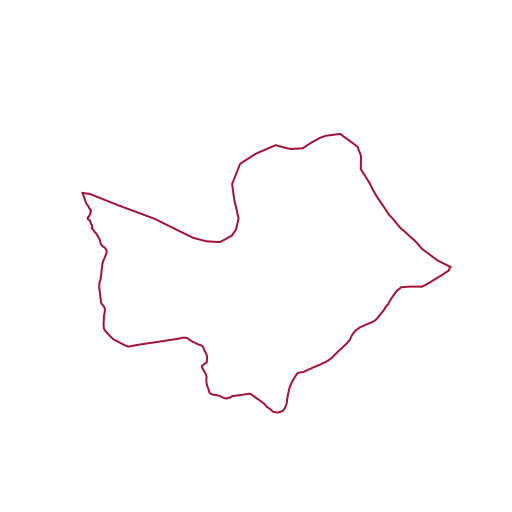 Shibam Kawkaban, Al Mahwit, Yemen (Mercator projection), rotated 112°
{"feature_id": "15242507B12742486691999", "entity_name": "Shibam Kawkaban", "entity_type": "district", "adm_level": 2, "iso_a3": "YEM", "parent_name": "Yemen", "parent_adm1": "Al Mahwit", "projection": "mercator", "projection_center": [43.874, 15.476], "detail": "fine", "context": "isolated", "style": "outline", "palette": "rose", "viewbox_px": 512, "rotation_deg": 112, "n_neighbors": 0, "source": "geoboundaries", "source_scale": "gbopen_adm2", "svg_char_len": 4152}
<svg xmlns="http://www.w3.org/2000/svg" viewBox="0 0 512 512"><g transform="rotate(112 256 256)"><path d="M391.5,175.2L391.4,175.0L389.8,173.4L389.2,173.0L389.1,172.9L388.3,172.7L386.5,172.2L381.2,172.3L377.0,173.5L373.2,174.3L372.8,174.4L372.7,174.4L366.7,175.4L363.3,175.7L362.8,175.6L360.9,175.5L358.9,175.4L357.0,175.2L355.2,174.9L353.4,174.5L351.4,174.1L349.6,173.9L348.1,172.5L347.0,170.9L346.3,169.2L345.0,167.8L343.6,166.6L342.2,165.4L340.8,163.8L339.3,162.5L338.0,161.3L336.7,159.9L334.9,158.3L332.7,155.8L330.5,154.0L329.0,152.5L327.5,151.3L326.0,150.0L324.7,149.2L324.4,149.0L322.5,147.8L320.0,146.7L318.1,146.0L316.4,145.2L313.7,144.1L311.7,143.1L310.1,142.3L308.5,141.6L306.7,140.8L304.6,139.8L302.4,138.8L300.2,138.1L298.3,137.6L296.4,137.5L294.4,137.4L292.3,137.1L290.5,136.6L288.4,135.9L286.3,134.8L284.7,133.8L283.1,132.7L281.7,131.5L280.2,130.0L278.8,128.6L277.4,127.2L276.2,126.0L274.7,124.5L273.1,123.0L271.4,121.6L269.8,120.8L267.8,120.0L266.0,119.6L263.6,118.9L262.7,118.6L261.4,118.2L259.3,117.5L257.3,117.0L254.5,116.6L252.7,116.1L251.0,115.4L249.2,115.3L247.3,115.0L244.9,114.7L243.2,114.2L241.3,113.8L239.2,113.2L236.9,112.8L236.0,112.6L230.6,109.7L226.5,101.4L226.3,100.8L223.9,94.9L222.3,90.7L218.2,87.0L214.8,84.5L205.0,77.2L196.7,71.5L195.9,71.9L193.8,72.0L193.3,71.6L192.1,86.0L187.2,104.7L182.2,114.6L180.5,119.9L177.8,126.8L176.1,132.2L169.4,144.7L168.2,147.7L164.1,153.6L162.6,155.8L157.9,162.9L155.0,167.1L150.3,173.1L145.9,177.9L136.2,191.4L123.8,196.2L117.3,202.2L116.7,202.7L115.7,206.3L111.3,223.7L118.1,235.9L122.3,240.8L130.5,247.4L138.7,253.1L143.7,263.8L144.5,267.9L145.9,279.3L160.9,294.2L176.3,305.2L182.9,305.2L197.0,305.1L198.2,305.1L202.6,302.6L211.7,297.4L219.8,291.7L227.8,286.2L229.7,285.9L230.5,285.8L230.6,285.7L232.9,285.4L238.8,284.4L246.4,286.1L256.6,294.6L260.9,307.3L262.7,321.0L261.1,343.1L260.1,356.0L259.5,363.6L260.6,403.6L260.7,433.5L260.8,433.8L262.5,440.5L264.1,439.1L265.6,437.6L267.8,435.8L269.2,434.6L270.7,433.3L271.7,431.9L272.5,430.2L273.7,429.1L275.1,426.8L275.3,427.0L276.6,425.7L278.6,425.6L281.0,425.5L282.8,426.1L283.7,426.3L284.8,425.7L285.5,422.9L287.1,421.9L288.3,420.7L288.6,419.8L289.1,419.3L290.4,418.8L291.6,418.8L293.0,416.2L293.8,414.9L294.3,414.4L294.8,413.0L295.8,411.4L297.1,409.9L298.5,408.0L299.7,406.7L301.9,405.3L303.2,404.2L304.5,401.6L304.8,399.7L305.7,398.0L307.0,396.4L308.7,395.8L310.4,395.8L312.6,395.7L314.3,395.7L316.0,395.7L317.8,395.8L319.7,395.6L321.5,395.3L323.1,394.9L325.2,394.3L326.8,393.8L327.2,393.7L328.4,393.5L330.2,392.8L332.4,392.3L334.2,391.8L335.7,391.4L337.5,391.2L339.2,391.2L340.8,390.7L341.3,390.5L342.8,390.0L344.4,389.4L346.6,388.1L347.9,387.3L349.5,386.4L351.1,385.5L351.5,385.3L353.2,384.5L354.5,383.6L356.1,382.9L357.4,382.0L358.6,380.6L359.2,378.9L360.2,377.6L361.4,376.5L363.0,375.8L364.6,375.3L366.2,374.9L368.0,374.7L369.8,374.1L371.2,373.5L372.8,373.0L373.5,372.8L374.8,372.3L376.4,371.8L378.1,370.9L379.6,370.2L380.9,369.2L382.0,367.4L382.8,365.9L383.8,363.7L384.5,362.1L385.2,360.6L386.1,358.5L386.6,357.0L386.9,355.1L387.0,353.3L387.2,351.5L387.4,349.5L387.6,347.5L387.8,345.9L387.9,344.1L387.9,342.4L387.8,340.8L387.8,340.3L386.1,337.7L382.7,332.4L377.9,324.3L375.5,320.2L374.5,318.4L374.4,318.2L369.8,310.5L361.6,296.7L360.6,295.3L359.4,293.8L358.7,292.1L358.2,290.5L357.9,288.7L358.6,286.3L359.0,284.4L359.2,282.5L359.2,280.9L359.5,278.5L359.5,276.7L359.5,275.0L359.4,273.2L359.9,271.4L361.5,269.6L363.3,268.1L364.2,266.8L365.2,265.6L366.2,264.8L366.4,264.5L368.2,263.4L369.8,262.8L371.6,262.3L373.2,262.0L373.3,261.9L375.3,263.3L377.1,264.5L377.2,264.3L377.3,264.3L378.8,264.9L381.0,262.6L384.0,258.6L386.6,256.5L388.4,256.0L389.9,255.5L391.8,254.5L393.4,253.5L395.2,252.2L396.6,250.8L397.8,249.7L399.1,248.7L400.1,247.9L400.3,247.7L400.7,245.5L400.6,243.9L400.1,241.7L399.7,239.8L399.3,237.4L399.5,235.6L399.6,234.4L399.6,233.6L399.6,232.3L399.5,231.3L399.1,229.6L397.8,228.6L397.2,227.1L394.9,225.6L393.9,223.8L385.8,209.8L389.0,196.6L390.0,192.8L391.8,189.5L392.6,185.5L392.9,184.7L394.0,181.7L393.8,180.9L393.8,180.7L393.6,179.0L392.8,176.8L391.5,175.2Z" fill="none" stroke="#9f1239" stroke-width="2"/></g></svg>